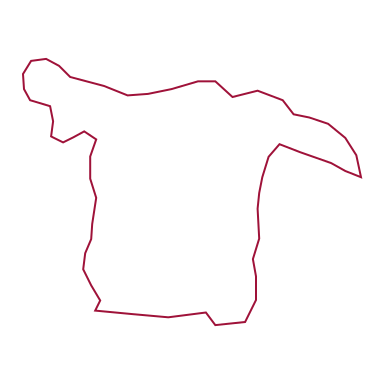 Keryneia, Cyprus
{"feature_id": "46923920B20243992884618", "entity_name": "Keryneia", "entity_type": "district", "adm_level": 2, "iso_a3": "CYP", "parent_name": "Cyprus", "parent_adm1": "", "projection": "mercator", "projection_center": [33.314, 35.328], "detail": "fine", "context": "isolated", "style": "outline", "palette": "rose", "viewbox_px": 384, "rotation_deg": 0, "n_neighbors": 0, "source": "geoboundaries", "source_scale": "gbopen_adm2", "svg_char_len": 807}
<svg xmlns="http://www.w3.org/2000/svg" viewBox="0 0 384 384"><path d="M95.2,310.6L132.3,314.1L168.3,317.3L205.9,312.5L215.3,325.1L245.1,322.0L256.0,300.0L256.0,276.4L252.9,259.1L259.2,238.6L257.6,208.7L259.2,193.0L262.3,177.2L268.6,156.8L279.5,144.2L299.9,152.1L331.2,163.1L345.3,171.0L361.0,177.2L356.3,155.2L349.1,143.9L345.3,137.9L328.1,123.8L309.3,117.5L293.6,114.3L282.7,100.2L257.6,90.7L232.5,97.0L215.3,81.3L198.1,81.3L171.5,89.1L148.0,93.9L127.6,95.4L104.1,86.0L70.2,77.0L59.1,65.9L46.1,58.9L31.1,60.9L23.0,74.0L24.0,89.1L30.1,100.2L50.1,106.2L53.1,121.3L52.3,127.3L51.1,136.4L53.4,137.6L63.1,142.4L73.2,137.4L84.2,131.4L96.2,139.4L90.2,156.5L90.2,178.7L96.2,197.8L92.2,224.0L91.2,239.1L85.2,253.2L83.2,269.3L91.2,285.4L100.2,300.5L95.2,310.6Z" fill="none" stroke="#9f1239" stroke-width="2"/></svg>